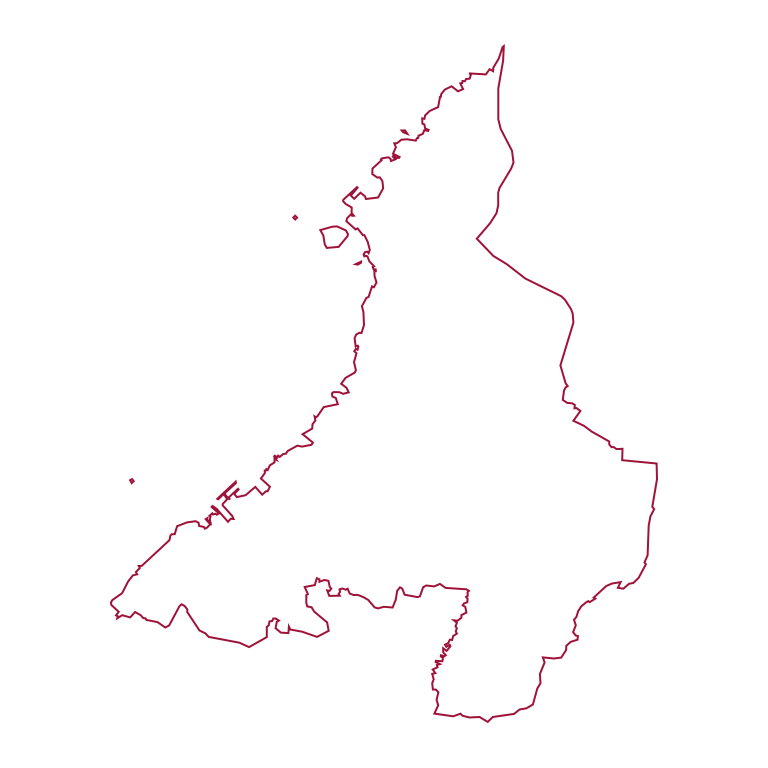 the district of Kota Cilegon, Banten, Indonesia
{"feature_id": "22746128B25933583546422", "entity_name": "Kota Cilegon", "entity_type": "district", "adm_level": 2, "iso_a3": "IDN", "parent_name": "Indonesia", "parent_adm1": "Banten", "projection": "orthographic", "projection_center": [106.002, -5.978], "detail": "fine", "context": "isolated", "style": "outline", "palette": "rose", "viewbox_px": 768, "rotation_deg": 0, "n_neighbors": 0, "source": "geoboundaries", "source_scale": "gbopen_adm2", "svg_char_len": 6108}
<svg xmlns="http://www.w3.org/2000/svg" viewBox="0 0 768 768"><path d="M111.3,604.9L118.7,611.8L116.0,615.4L117.9,616.3L117.3,618.3L122.2,615.2L130.2,617.4L135.1,612.0L140.7,615.2L143.1,618.0L145.6,618.4L146.3,619.9L157.5,622.1L165.3,627.5L169.2,625.4L179.5,606.1L181.6,604.3L184.6,605.9L187.3,609.4L187.3,612.1L199.5,630.5L205.3,633.3L208.7,636.9L239.4,642.7L249.1,647.1L266.8,637.1L266.8,626.9L268.7,625.3L269.5,621.4L272.2,621.0L273.3,618.5L275.7,618.5L278.9,620.6L276.8,621.8L275.6,628.2L280.8,632.6L288.4,633.1L288.9,626.6L290.3,629.5L302.1,631.7L317.1,636.9L328.7,630.8L327.1,622.4L314.2,611.6L311.6,607.3L307.2,606.4L306.3,603.0L306.3,595.2L307.9,594.1L304.7,587.0L314.8,585.1L316.8,578.2L319.4,579.3L319.4,581.8L324.3,580.0L328.4,580.8L329.8,587.1L331.3,588.7L329.6,590.9L327.2,590.4L329.3,595.9L339.7,595.7L338.6,594.0L340.1,591.9L339.5,589.4L342.3,588.5L345.9,589.7L347.6,588.7L349.7,593.5L353.6,595.0L357.8,594.9L363.7,597.3L368.3,600.0L374.6,607.4L378.0,608.4L383.8,606.8L392.6,607.5L395.7,599.9L397.2,590.8L400.0,587.3L402.3,588.7L404.6,594.7L417.4,597.1L419.9,596.4L423.1,587.3L426.2,585.5L434.3,586.4L439.9,583.9L445.6,587.9L466.4,589.3L468.9,590.9L467.5,592.2L467.8,595.7L466.1,596.9L467.6,598.9L467.3,602.2L463.9,603.5L462.7,605.3L465.3,606.9L466.4,612.6L461.4,615.1L461.4,617.7L457.6,620.7L453.9,620.3L456.9,622.8L455.5,626.3L456.8,628.1L455.8,631.6L456.9,633.6L453.2,636.0L452.1,640.0L449.9,639.6L448.1,643.2L445.0,644.7L446.3,646.8L449.7,644.8L450.4,646.3L446.6,650.9L443.2,648.3L443.2,652.4L445.8,655.2L444.2,656.3L441.0,655.2L440.8,656.4L443.0,657.8L442.4,661.2L435.9,660.8L435.6,662.0L439.9,664.1L436.8,665.1L437.5,667.3L432.7,669.5L435.3,673.1L432.2,673.9L433.7,679.3L432.2,683.2L432.9,689.5L435.8,689.5L438.4,692.2L436.6,699.8L438.2,705.3L434.4,713.6L453.2,716.3L460.5,713.7L462.4,715.7L469.4,717.5L479.6,717.0L487.7,721.9L492.8,717.0L514.1,713.9L519.6,709.5L526.4,708.3L532.9,704.5L537.3,688.5L540.5,683.2L539.9,674.0L544.6,662.5L542.9,657.4L553.8,658.5L561.2,657.6L566.1,650.1L566.3,645.8L570.8,641.8L577.5,639.7L577.9,636.0L575.6,635.4L573.1,632.1L575.8,625.3L574.0,619.7L576.4,617.0L578.1,611.3L581.4,606.2L586.6,602.0L588.3,601.1L589.6,602.2L595.3,598.6L593.7,597.6L606.3,586.0L611.8,583.6L620.6,582.1L617.9,587.8L623.3,588.7L629.0,583.8L633.3,583.0L638.6,577.9L645.9,564.3L644.5,562.4L647.6,555.4L648.7,525.5L650.4,516.4L654.2,509.1L652.3,506.8L657.0,479.2L656.6,463.5L622.2,460.2L622.5,448.8L616.4,449.1L613.8,447.1L611.5,447.2L609.3,444.6L609.2,441.5L591.9,431.7L583.8,425.7L573.4,420.8L580.4,410.9L576.3,408.0L574.5,408.3L574.8,404.9L572.1,403.3L567.2,402.9L562.8,399.9L564.0,390.6L565.6,387.4L567.7,386.1L565.6,383.2L560.4,365.4L573.4,322.7L572.7,313.6L571.0,309.1L565.1,299.9L561.2,296.2L525.4,278.6L506.7,264.1L493.4,256.0L476.8,238.7L490.1,223.2L496.5,213.2L498.2,205.4L498.2,192.8L499.5,188.0L511.2,168.5L513.5,162.5L512.0,150.8L500.6,128.7L498.3,119.2L498.3,88.4L503.1,60.8L503.8,46.1L502.6,47.0L498.8,58.5L493.3,67.7L493.1,71.2L489.6,69.2L485.9,74.4L469.0,73.4L471.0,74.4L469.6,78.7L466.1,79.0L464.9,81.2L462.5,81.0L462.3,83.0L460.3,83.4L463.1,89.1L458.0,91.3L451.6,86.3L444.8,89.6L441.3,94.0L440.6,97.7L440.2,96.1L438.1,107.1L429.8,110.9L425.1,115.4L424.5,118.8L422.2,118.4L422.4,123.6L424.3,124.4L425.2,128.5L428.6,129.9L428.2,130.9L424.2,130.3L422.8,133.9L418.5,135.7L418.3,137.9L416.8,138.3L415.8,140.6L407.0,139.3L401.4,139.7L397.0,143.2L394.3,143.3L395.9,147.2L393.0,153.8L399.6,156.9L399.2,157.8L396.0,158.0L395.0,156.0L393.4,155.7L392.8,156.6L395.4,159.3L391.0,161.0L390.6,159.0L388.5,157.3L382.1,158.3L380.9,159.3L381.6,160.2L372.5,168.5L372.3,174.1L377.4,177.6L379.8,177.3L382.4,181.1L383.2,188.3L378.1,197.5L365.9,199.0L365.1,196.4L360.5,192.7L354.2,198.8L350.8,195.5L357.6,187.7L357.0,187.1L343.3,199.8L343.1,201.2L345.7,204.0L351.7,207.5L351.6,213.0L353.8,215.7L352.1,215.8L351.0,214.3L347.2,218.1L346.3,221.1L355.5,229.4L357.6,228.4L362.9,235.2L364.4,235.2L367.7,241.8L369.8,249.8L368.6,253.2L367.3,251.7L365.2,252.0L363.6,254.3L364.6,257.1L364.7,255.5L367.4,256.3L369.4,261.4L374.1,266.3L372.7,267.1L373.6,269.3L375.7,269.4L375.8,271.2L374.3,271.0L374.6,276.3L376.5,282.4L373.9,287.3L372.0,286.4L368.6,296.9L366.4,297.9L361.9,306.2L363.4,311.9L364.0,325.0L361.5,333.0L359.2,332.8L356.1,334.6L354.6,338.3L355.7,346.5L357.7,345.7L358.4,346.8L357.5,349.7L355.8,348.9L354.3,351.3L356.5,353.2L354.0,362.1L355.9,370.2L354.7,372.6L345.5,377.9L341.2,383.8L346.5,387.8L348.7,392.4L343.2,393.8L339.4,392.2L333.4,392.1L331.9,393.5L332.4,396.5L335.8,398.0L337.8,404.2L323.7,407.1L317.5,416.2L315.9,417.3L314.6,416.4L315.4,420.4L312.5,424.3L312.2,428.6L302.6,434.2L312.9,442.6L311.5,444.8L302.0,446.6L297.3,445.7L287.8,450.9L285.8,453.8L283.2,454.0L279.8,456.9L278.1,455.6L276.9,456.8L277.9,458.2L274.8,455.7L274.2,456.3L276.3,459.7L274.5,458.7L274.5,462.4L269.8,465.4L267.7,470.0L266.4,469.1L265.9,470.5L264.7,470.5L264.9,473.0L260.9,478.5L269.9,486.7L267.6,491.3L266.0,491.2L262.2,494.7L255.3,486.9L245.6,495.2L236.8,497.1L234.3,493.9L238.6,489.5L238.0,488.8L229.0,497.2L229.8,499.6L225.4,495.1L225.0,493.0L235.9,483.1L235.7,481.7L217.3,498.8L218.2,499.3L222.8,494.8L224.3,494.9L227.2,499.2L222.7,504.0L222.7,505.4L232.2,515.9L233.6,519.0L230.7,518.8L228.0,521.8L216.5,508.7L212.5,506.0L211.6,507.0L219.0,513.4L216.8,514.7L215.5,513.7L213.0,514.5L212.3,513.3L209.6,515.7L210.5,516.4L209.8,518.8L210.6,523.0L206.9,519.3L207.2,518.2L205.7,519.2L210.3,524.3L206.9,527.7L204.9,528.7L203.8,526.9L199.2,526.0L198.5,522.7L195.6,521.2L187.0,522.4L177.1,526.2L174.7,534.2L171.8,534.2L170.3,535.9L169.5,540.1L141.7,565.9L138.8,566.0L139.8,568.0L135.9,572.0L137.1,574.3L132.8,575.4L128.0,581.7L122.1,593.2L112.4,600.0L111.0,602.4L111.3,604.9ZM346.0,230.5L337.0,226.4L332.3,226.7L320.3,230.1L323.3,235.4L324.8,244.5L326.8,247.9L338.6,246.9L347.5,236.2L348.0,234.3L346.0,230.5ZM295.2,219.5L297.1,217.6L295.2,215.7L293.3,217.6L295.2,219.5ZM407.4,133.9L405.1,130.4L401.7,130.5L403.1,132.2L407.4,133.9ZM131.7,483.1L133.7,481.2L132.1,479.1L130.1,480.2L131.7,483.1ZM357.8,264.6L361.1,262.7L361.1,261.6L355.6,264.2L357.8,264.6Z" fill="none" stroke="#9f1239" stroke-width="2"/></svg>